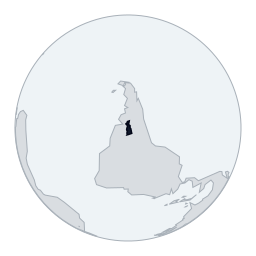 globe centered on Santa Fe, rotated 161°
{"feature_id": "ARG-1310", "entity_name": "Santa Fe", "entity_type": "Province", "adm_level": 1, "iso_a3": "ARG", "parent_name": "Argentina", "parent_adm1": "", "projection": "orthographic", "projection_center": [-60.696, -31.191], "detail": "fine", "context": "on_globe", "style": "filled", "palette": "ink", "viewbox_px": 256, "rotation_deg": 161, "n_neighbors": 0, "source": "natural_earth", "source_scale": "10m", "svg_char_len": 4373}
<svg xmlns="http://www.w3.org/2000/svg" viewBox="0 0 256 256"><g transform="rotate(161 128 128)"><circle cx="128" cy="128" r="113" fill="#eef3f6" stroke="#a8b0b8"/><path d="M100.7,18.7L104.3,17.9L103.4,18.3L104.8,18.4L106.9,17.7L106.6,17.5L111.0,16.7L110.6,16.7L120.1,15.6L120.8,15.6L121.5,15.5L125.2,15.4L126.8,15.5L133.8,16.0L134.0,16.3L128.8,16.6L120.8,16.8L114.1,18.5L122.4,17.0L122.9,18.1L124.6,18.3L126.9,18.2L128.2,17.7L129.2,18.2L121.4,19.5L120.3,19.1L122.8,18.6L119.1,18.8L113.8,20.2L114.4,21.0L105.8,23.2L106.1,23.9L104.4,24.9L104.4,23.6L104.2,26.1L94.1,31.2L93.7,37.3L89.8,33.4L85.9,33.9L80.9,35.4L80.7,36.4L74.5,37.8L68.3,42.1L65.1,48.3L66.5,51.8L73.6,49.4L76.1,46.1L81.5,44.0L76.7,52.2L86.0,50.7L84.6,56.8L87.2,59.3L92.1,57.5L97.0,58.1L100.9,54.0L106.9,51.3L106.8,56.3L110.3,51.4L113.5,53.5L125.7,52.8L124.7,53.9L134.9,60.1L146.3,63.5L148.9,67.8L147.6,70.2L151.6,71.4L151.6,73.1L167.8,78.3L176.2,84.7L176.0,91.1L169.1,97.1L163.3,113.1L151.1,117.0L148.2,124.1L139.1,134.6L131.7,133.4L134.1,139.3L130.2,142.8L125.5,143.0L125.0,147.3L121.5,147.4L124.0,150.3L118.9,156.2L121.1,161.0L117.5,166.1L119.1,169.0L117.5,169.0L116.0,170.2L116.1,171.9L111.0,169.6L108.9,163.1L110.1,159.7L108.1,159.4L110.7,150.8L108.6,152.7L108.0,140.9L110.3,131.3L110.6,106.4L107.9,102.1L99.2,97.9L88.7,84.0L91.2,77.4L89.0,75.1L96.2,65.7L94.5,59.0L92.0,58.5L89.4,61.6L81.2,59.3L78.6,55.2L55.3,57.1L53.4,56.2L54.1,52.9L50.5,48.1L50.2,54.7L48.0,54.7L47.0,53.1L48.5,51.4L49.2,48.5L47.8,49.2L49.5,47.3L55.7,41.6L62.4,36.4L69.5,31.7L76.9,27.6L84.6,24.1L92.5,21.1L100.7,18.7ZM92.7,39.7L103.4,41.4L96.9,42.8L98.2,41.9L95.6,41.0L90.6,40.7L85.0,42.7L92.7,39.7ZM98.3,35.0L96.5,35.1L98.4,34.8L98.3,35.0ZM119.7,174.8L111.6,170.6L116.1,172.4L118.6,169.5L123.1,173.0L119.7,174.8ZM127.4,167.7L130.6,166.4L131.6,167.2L129.6,168.4L127.4,167.7ZM204.0,44.8L205.1,46.0L203.0,44.6L198.8,41.3L192.3,35.6L194.8,37.3L204.0,44.8ZM234.3,165.3L233.5,165.9L230.2,173.1L229.3,172.8L227.0,176.5L224.4,178.5L221.3,178.8L219.5,172.9L222.1,169.0L225.3,159.2L230.8,138.7L234.1,132.7L235.0,126.4L233.5,109.4L234.0,103.4L232.9,99.3L231.1,97.7L229.5,93.0L228.1,91.5L217.4,85.5L212.4,78.5L202.4,62.3L203.1,58.5L200.2,53.0L202.7,44.4L206.5,47.6L209.4,50.1L214.8,56.3L219.9,62.8L224.4,69.7L228.4,77.0L231.9,84.5L234.8,92.2L237.1,100.1L238.9,108.2L240.0,116.4L240.6,124.7L240.5,132.9L239.9,141.2L238.6,149.3L236.7,157.4L234.3,165.3ZM205.8,50.1L206.6,51.5L205.8,50.1ZM126.1,52.7L127.5,53.7L125.6,53.7L126.1,52.7ZM95.8,44.7L98.2,44.4L99.3,44.9L97.5,45.4L95.8,44.7ZM116.1,42.4L118.9,42.7L115.9,43.2L116.1,42.4ZM105.1,41.6L113.8,42.5L108.1,44.2L102.6,43.9L106.5,43.0L105.1,41.6ZM96.8,37.4L98.3,37.4L97.7,38.2L96.8,37.4ZM99.7,34.8L99.1,35.0L98.5,34.5L99.7,34.8ZM123.3,18.1L124.0,18.0L126.2,18.0L125.0,18.2L123.3,18.1ZM137.0,17.5L138.3,18.2L136.5,17.7L135.1,18.0L129.7,17.4L133.9,16.4L132.9,16.8L137.0,17.5ZM123.6,16.8L126.6,17.0L123.2,16.8L123.6,16.8ZM185.3,224.9L183.0,226.2L184.2,225.5L185.3,224.9ZM226.0,183.6L226.7,182.2L229.3,177.2L229.5,176.9L226.0,183.6Z" fill="#d9dde1" stroke="#a8b0b8" stroke-width="1"/><path d="M129.9,121.7L131.2,121.8L131.0,122.0L130.9,122.0L130.8,122.3L130.8,122.5L130.8,122.8L130.8,123.0L130.7,123.2L130.7,123.3L130.6,123.5L130.6,123.8L130.4,123.9L130.3,124.0L130.1,124.1L129.9,124.4L129.9,124.5L129.9,124.9L129.8,125.2L129.8,125.3L129.7,125.4L129.8,125.4L129.8,125.5L129.9,125.8L129.8,126.0L129.7,126.2L129.8,126.3L129.8,126.5L129.8,126.8L129.8,127.0L129.7,127.1L129.6,127.3L129.5,127.5L129.4,127.6L129.3,127.9L129.2,128.0L129.0,128.3L128.9,128.4L128.9,128.5L128.7,128.6L128.6,128.8L128.4,129.0L128.2,129.0L128.0,129.3L128.0,129.5L128.0,129.8L128.0,130.1L127.9,130.2L127.9,130.3L127.9,130.5L127.9,130.8L128.0,130.9L128.0,131.1L128.0,131.3L128.1,131.5L128.3,131.8L128.5,131.9L128.6,132.0L128.6,132.3L128.5,132.5L128.4,132.6L128.4,132.8L128.2,132.8L128.1,132.7L127.9,132.7L127.7,132.6L127.6,132.8L127.3,133.2L126.9,133.7L126.4,134.3L125.4,134.3L124.5,134.3L125.1,133.2L125.6,132.4L126.0,131.8L126.0,131.7L126.2,131.4L126.3,131.3L126.3,131.2L126.2,131.1L126.1,130.9L126.1,130.7L125.9,130.5L125.8,130.4L125.7,130.1L125.5,129.9L125.5,129.7L125.5,129.4L125.4,129.3L125.5,129.2L125.4,129.1L125.5,129.0L125.6,128.9L126.0,127.2L125.6,126.6L125.6,126.0L125.8,125.0L125.8,124.5L126.0,123.5L126.1,122.4L126.2,121.7L127.9,121.7L129.1,121.7L129.9,121.7Z" fill="#0f172a" stroke="#020617" stroke-width="1.5"/></g></svg>